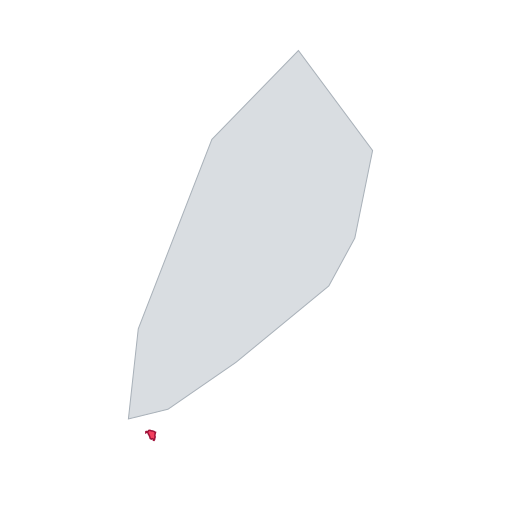 Cap Estate/Golf Park, Gros Islet, Saint Lucia (highlighted), rotated 199°
{"feature_id": "8701671B13840593777950", "entity_name": "Cap Estate/Golf Park", "entity_type": "district", "adm_level": 2, "iso_a3": "LCA", "parent_name": "Saint Lucia", "parent_adm1": "Gros Islet", "projection": "robinson", "projection_center": [-60.937, 14.101], "detail": "fine", "context": "in_parent", "style": "filled", "palette": "rose", "viewbox_px": 512, "rotation_deg": 199, "n_neighbors": 0, "source": "geoboundaries", "source_scale": "gbopen_adm2", "svg_char_len": 2001}
<svg xmlns="http://www.w3.org/2000/svg" viewBox="0 0 512 512"><g transform="rotate(199 256 256)"><path d="M335.7,351.9L282.8,464.1L180.1,393.7L168.4,305.1L177.4,251.4L240.3,149.0L289.3,82.5L323.6,60.4L343.6,148.8L335.7,351.9Z" fill="#d9dde1" stroke="#a8b0b8" stroke-width="1"/><path d="M302.9,54.1L302.6,53.0L302.4,53.2L302.3,53.3L302.2,53.5L302.0,53.8L301.9,53.9L301.7,53.9L301.3,54.1L301.2,54.2L301.1,53.9L300.9,53.7L300.7,53.6L300.5,53.4L300.4,53.3L300.2,53.2L299.9,52.9L299.8,52.7L299.7,52.5L299.6,52.4L299.4,52.3L299.3,52.2L299.2,52.1L299.0,51.9L298.9,51.9L298.7,51.7L298.4,51.5L298.4,51.4L297.9,50.8L297.8,50.7L297.7,50.7L297.5,50.4L297.4,50.2L297.2,50.0L297.2,49.9L297.1,49.7L296.9,49.5L296.9,49.4L296.6,49.1L296.4,49.0L296.3,48.9L296.2,48.9L296.0,49.0L295.9,49.0L295.7,49.0L295.6,48.9L295.4,48.9L295.2,48.9L295.2,49.0L294.9,49.3L294.7,49.4L294.6,49.5L294.4,49.6L294.1,49.6L293.9,49.6L293.7,49.5L293.6,49.4L293.3,49.1L293.2,49.0L293.2,48.9L293.1,48.7L293.0,48.4L292.9,48.4L292.9,48.2L292.7,48.0L292.7,47.9L292.5,48.3L292.4,48.4L292.4,48.5L292.2,49.1L292.2,49.3L292.2,49.5L292.2,49.8L292.2,50.0L292.3,50.3L292.3,50.5L292.4,50.8L292.4,51.0L292.5,51.1L292.5,51.3L292.5,51.5L292.5,51.8L292.4,51.9L292.7,52.6L292.8,52.7L292.9,52.8L293.0,52.9L293.1,53.0L293.2,53.3L293.2,53.5L293.3,53.8L293.4,54.0L293.4,54.3L293.4,54.5L293.5,54.7L293.5,54.8L293.6,55.0L293.5,55.3L293.5,55.6L293.6,56.2L293.6,56.6L293.8,56.6L294.0,56.6L294.3,56.6L294.5,56.6L294.8,56.7L294.9,56.8L295.0,56.8L295.3,56.9L295.5,56.9L295.9,56.9L296.0,56.9L296.3,56.9L296.5,56.9L296.8,56.9L297.0,56.8L297.3,56.8L297.4,56.7L297.5,56.7L297.8,56.7L298.0,56.6L298.3,56.6L298.5,56.6L298.9,56.6L299.0,56.6L299.3,56.7L299.5,56.6L299.8,56.5L300.0,56.5L300.1,56.4L300.3,56.3L300.4,56.2L300.5,56.2L300.7,55.9L300.7,55.6L300.8,55.3L300.8,55.2L300.9,54.9L301.0,54.7L301.1,54.4L301.3,54.4L301.4,54.5L301.5,54.5L301.8,54.6L302.0,54.6L302.2,54.4L302.4,54.4L302.5,54.3L302.7,54.2L302.9,54.1Z" fill="#f43f5e" stroke="#9f1239" stroke-width="1.5"/></g></svg>